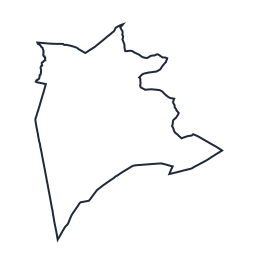 Mosop, Rift Valley, Kenya (orthographic projection), rotated 264°
{"feature_id": "3690345B59171839823035", "entity_name": "Mosop", "entity_type": "district", "adm_level": 2, "iso_a3": "KEN", "parent_name": "Kenya", "parent_adm1": "Rift Valley", "projection": "orthographic", "projection_center": [35.043, 0.418], "detail": "fine", "context": "isolated", "style": "outline", "palette": "slate", "viewbox_px": 256, "rotation_deg": 264, "n_neighbors": 0, "source": "geoboundaries", "source_scale": "gbopen_adm2", "svg_char_len": 5723}
<svg xmlns="http://www.w3.org/2000/svg" viewBox="0 0 256 256"><g transform="rotate(264 128 128)"><path d="M231.7,133.9L231.0,131.1L230.5,129.8L230.3,129.1L230.1,128.6L229.6,127.6L229.0,126.4L228.6,126.0L227.3,125.2L226.4,124.7L225.9,124.2L225.2,123.4L224.5,122.1L224.0,121.5L223.6,121.0L222.9,119.9L221.3,117.3L221.0,116.8L220.7,116.4L220.0,115.4L219.7,115.0L219.4,114.5L218.2,112.7L217.5,111.7L217.1,111.0L216.8,110.6L216.3,109.8L215.9,109.3L215.7,108.9L215.1,108.0L214.7,107.4L213.9,106.1L212.8,104.5L212.6,104.1L212.2,103.6L210.9,100.9L210.6,100.4L210.3,99.6L209.8,98.7L209.5,98.2L209.2,97.5L208.7,96.6L208.3,95.8L208.0,95.2L207.6,94.5L207.1,93.3L208.9,90.8L210.8,88.2L211.2,87.6L213.0,85.7L213.8,84.3L214.1,83.7L214.4,83.0L216.1,78.7L216.3,78.0L216.5,77.4L216.9,76.2L217.2,75.5L217.2,74.5L217.2,73.7L217.4,73.1L218.3,72.4L218.6,70.8L219.0,67.0L219.2,65.4L219.3,64.9L219.3,64.4L219.6,62.0L219.7,61.5L220.3,57.8L220.4,57.3L220.5,56.8L221.2,53.4L221.8,50.5L222.4,46.9L221.9,47.1L221.3,47.0L220.6,47.8L220.0,48.8L219.7,49.2L219.3,49.6L218.7,49.8L218.2,49.9L217.7,50.3L217.2,50.8L216.8,51.2L216.2,51.5L215.4,51.6L214.8,51.8L214.2,51.8L213.5,52.0L212.8,51.9L212.3,52.0L211.8,51.7L211.2,51.8L210.6,51.6L209.9,51.4L209.3,51.4L208.8,51.4L208.3,51.7L208.0,52.4L207.3,52.3L206.9,52.5L206.8,53.0L206.3,53.1L205.8,52.8L205.1,52.6L204.0,52.8L203.5,51.5L203.2,50.9L202.6,50.5L202.4,49.9L202.2,49.4L201.7,49.1L200.9,48.9L200.3,49.0L199.7,49.1L199.1,49.2L198.7,48.6L198.6,48.0L198.2,47.7L197.6,47.6L196.8,47.3L196.0,47.4L195.2,47.6L194.2,47.6L193.3,47.4L192.7,47.3L192.2,47.2L191.7,47.0L190.9,46.9L190.2,46.6L190.1,46.1L189.8,45.6L189.2,45.6L188.6,45.6L188.1,45.4L187.6,45.1L187.1,45.0L186.5,44.9L186.1,44.4L185.6,43.7L185.6,43.0L185.1,42.6L185.0,41.9L184.4,41.6L183.8,41.1L182.9,42.4L181.8,46.1L180.3,50.9L175.3,48.9L174.8,48.7L174.2,48.5L169.7,46.6L166.1,45.1L163.2,43.9L159.2,42.3L157.2,41.4L155.2,40.6L153.7,39.9L152.5,39.4L152.0,39.2L151.4,38.9L150.4,38.5L149.9,38.3L149.4,38.1L147.6,37.3L146.8,36.9L146.2,36.8L145.7,36.7L143.3,36.8L142.6,36.8L141.7,36.9L140.0,37.0L139.5,37.0L138.3,37.1L137.3,37.2L135.0,37.4L132.7,37.6L132.1,37.7L131.0,37.8L129.6,37.8L128.9,37.9L128.3,37.9L125.8,38.1L124.2,38.3L123.7,38.3L123.2,38.4L121.2,38.8L118.7,38.8L114.5,39.3L108.2,39.8L107.0,39.9L101.2,40.4L95.3,40.9L94.3,41.0L90.0,41.3L89.1,41.4L88.2,41.5L87.2,41.5L86.6,41.6L85.8,41.7L84.9,41.7L84.3,41.8L83.6,41.8L83.0,41.9L82.5,41.9L81.5,42.0L80.8,42.1L79.6,42.2L79.1,42.2L78.5,42.3L77.7,42.3L76.6,42.4L75.8,42.5L74.6,42.6L73.8,42.6L73.1,42.7L72.4,42.8L71.3,42.8L70.5,42.9L69.3,43.0L68.8,43.0L68.2,43.1L67.5,43.2L66.5,43.2L66.0,43.3L65.3,43.3L64.2,43.4L63.7,43.4L62.9,43.5L61.7,43.6L61.0,43.6L60.0,43.7L59.3,43.8L58.4,43.8L57.6,43.9L57.1,43.9L56.1,44.0L54.0,44.3L50.3,44.4L49.3,44.5L47.5,44.6L47.0,44.6L46.2,44.7L45.4,44.8L44.8,44.8L42.4,44.9L41.7,45.0L41.2,45.0L40.1,45.1L38.3,45.3L34.0,45.7L32.1,45.9L31.4,45.9L30.6,46.0L24.3,46.4L27.3,48.6L31.8,51.8L36.1,55.0L37.7,56.9L38.0,57.3L38.4,57.7L39.3,58.5L42.1,59.9L44.2,61.1L47.1,62.7L49.3,64.4L51.4,66.3L52.0,66.8L52.7,67.4L54.4,68.8L54.8,69.2L55.3,69.6L56.5,70.6L57.0,71.0L57.5,71.3L58.6,72.5L59.1,73.0L59.1,74.1L59.3,75.8L59.3,76.5L59.4,77.2L59.5,79.1L59.8,81.6L61.1,82.9L64.3,85.8L64.8,86.3L66.1,87.5L69.0,90.2L69.6,90.8L70.0,91.4L72.0,94.7L73.2,96.7L73.6,97.2L74.6,99.2L74.9,99.7L75.2,100.2L76.8,103.1L78.5,106.2L79.5,108.2L81.1,110.6L81.9,112.6L83.3,115.1L83.7,115.9L84.1,116.6L85.6,119.7L86.3,121.2L87.4,123.5L87.7,124.2L88.2,125.2L88.4,125.7L88.7,126.2L89.5,128.0L89.9,128.7L90.1,132.0L90.1,132.6L90.1,133.3L90.0,136.2L89.9,138.3L89.9,140.5L89.8,142.4L89.8,143.2L89.8,144.0L89.7,145.6L89.7,146.2L89.7,146.8L89.6,150.1L89.5,153.6L89.3,157.3L89.1,158.0L88.8,158.7L88.0,161.1L87.8,161.7L87.5,162.3L86.5,164.9L86.2,165.6L85.8,166.2L85.2,168.4L82.0,166.5L77.9,164.3L78.1,166.1L78.5,168.8L78.6,169.7L78.7,170.5L79.0,172.8L79.3,174.6L79.6,176.7L80.1,180.1L80.5,182.8L80.7,184.7L80.8,185.4L81.0,186.3L81.3,187.6L81.7,188.2L82.2,189.4L83.1,191.5L84.3,194.6L84.6,195.3L85.0,196.2L85.6,197.7L85.8,198.2L86.0,198.8L86.7,200.4L87.5,202.4L88.8,205.1L90.1,207.5L91.3,210.0L92.3,212.0L92.6,212.5L92.8,213.1L93.6,214.6L94.3,216.1L94.8,217.2L95.1,217.8L95.5,218.8L95.8,219.3L100.2,213.7L103.0,209.7L112.3,196.9L115.0,192.2L113.9,190.7L113.6,186.1L112.9,183.0L112.2,180.1L114.5,178.0L116.2,176.7L118.1,174.6L120.4,173.4L122.6,173.1L123.9,172.7L125.4,172.0L126.9,172.8L128.8,173.2L129.5,173.3L130.1,173.4L131.2,174.0L131.8,174.8L132.3,175.5L133.4,177.0L135.1,178.4L135.6,178.8L136.5,179.4L137.7,180.0L139.0,179.1L140.4,178.0L141.7,177.9L142.6,177.2L143.7,176.6L145.8,176.7L147.7,175.8L149.2,175.5L151.1,176.4L151.8,176.7L152.3,177.0L152.8,175.2L153.4,173.3L154.3,171.6L156.2,169.7L158.2,167.8L160.5,166.1L161.4,165.0L162.1,163.9L162.4,163.2L162.8,161.5L163.2,159.7L163.6,157.7L164.1,155.1L164.2,151.6L164.3,148.8L164.8,148.3L165.9,146.6L167.0,145.0L168.7,144.4L170.8,145.2L172.7,145.1L174.5,145.3L176.1,145.3L177.1,144.4L177.5,145.0L178.4,145.9L178.7,146.3L179.8,147.7L180.5,149.7L180.7,152.1L181.0,154.2L181.0,156.4L181.1,158.9L181.2,162.2L182.2,164.7L183.1,166.4L185.0,167.8L186.1,168.8L187.1,169.8L188.4,171.1L189.0,171.8L189.5,172.6L190.9,173.0L192.1,173.9L193.3,174.3L194.2,172.4L194.5,169.9L195.7,168.3L197.4,166.5L198.3,164.9L198.0,163.6L197.4,162.2L197.5,160.0L197.3,157.9L196.4,156.2L195.6,154.4L196.0,152.5L196.7,150.4L197.4,149.3L197.9,148.7L198.5,148.1L198.9,147.6L199.9,146.5L200.8,145.0L201.6,143.7L202.5,142.1L204.0,140.4L204.7,137.9L204.5,135.1L204.8,133.3L206.4,133.1L208.4,132.9L210.9,133.2L213.2,132.7L215.1,132.2L216.8,131.7L218.2,132.4L219.9,132.7L221.4,132.0L222.9,132.6L224.9,132.6L226.9,131.6L228.9,130.9L230.3,132.5L231.7,133.9Z" fill="none" stroke="#1e293b" stroke-width="2"/></g></svg>